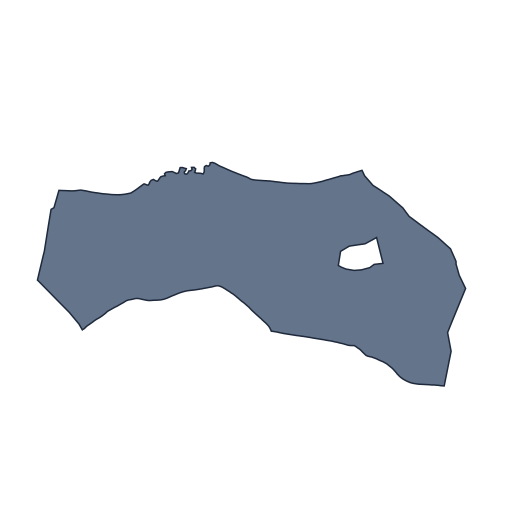 outline of Al Bayda, Al Bayda', Yemen, rotated 279°
{"feature_id": "15242507B85556873908580", "entity_name": "Al Bayda", "entity_type": "district", "adm_level": 2, "iso_a3": "YEM", "parent_name": "Yemen", "parent_adm1": "Al Bayda'", "projection": "robinson", "projection_center": [45.56, 14.065], "detail": "fine", "context": "isolated", "style": "filled", "palette": "slate", "viewbox_px": 512, "rotation_deg": 279, "n_neighbors": 0, "source": "geoboundaries", "source_scale": "gbopen_adm2", "svg_char_len": 5963}
<svg xmlns="http://www.w3.org/2000/svg" viewBox="0 0 512 512"><g transform="rotate(279 256 256)"><path d="M256.7,468.1L268.8,459.7L271.8,458.3L274.9,456.9L278.9,455.0L279.0,454.9L282.0,454.4L293.5,447.0L302.7,432.8L304.8,428.7L308.3,421.7L310.7,417.1L312.0,414.7L312.1,414.3L313.5,411.7L316.2,406.6L319.1,401.0L320.7,399.4L322.7,397.3L326.5,393.5L328.2,390.7L332.5,383.9L336.2,378.0L339.0,371.7L339.7,370.3L344.1,360.4L348.0,355.8L352.2,350.7L354.6,349.1L357.2,347.3L356.3,345.5L355.3,343.4L354.1,341.1L353.2,339.2L352.1,337.4L351.2,336.0L351.0,335.6L350.3,333.5L350.1,333.0L349.7,331.4L349.0,329.4L348.7,328.3L348.7,328.1L348.5,327.3L347.4,325.3L346.3,322.9L345.3,320.7L344.4,318.8L343.3,316.6L342.4,314.5L341.5,312.5L340.4,310.4L340.2,310.0L339.5,308.3L338.6,305.9L338.3,305.2L337.7,303.7L336.9,301.4L336.1,299.0L335.7,296.9L335.4,294.8L335.1,292.5L334.8,290.6L334.7,290.2L334.7,289.8L334.4,288.0L334.4,287.8L334.3,287.3L334.1,285.0L333.8,282.9L333.5,280.7L333.3,279.0L333.2,278.1L332.9,275.6L332.9,274.7L332.8,273.4L332.7,271.1L332.6,268.8L332.6,266.6L332.4,264.0L332.4,261.9L332.3,259.5L332.3,258.2L332.2,257.4L332.0,255.6L332.0,255.1L331.7,252.5L331.5,250.1L331.3,248.0L331.1,245.9L330.9,243.0L330.9,242.6L330.9,240.7L331.1,238.5L332.0,236.4L332.5,234.5L332.6,234.4L333.0,232.0L333.4,230.0L333.8,228.1L333.9,227.9L333.9,227.7L334.0,227.3L334.2,226.2L334.2,225.9L334.4,225.3L335.0,222.7L335.5,220.4L335.9,218.6L337.2,213.7L338.3,209.7L339.0,206.7L339.6,204.9L340.5,202.7L341.3,200.5L341.3,200.0L341.6,198.2L340.8,196.1L339.8,196.2L338.8,196.2L338.2,195.7L337.2,194.8L337.6,192.7L336.7,191.7L336.2,191.2L334.5,191.1L333.3,191.4L332.4,191.5L331.1,191.6L330.4,191.6L328.7,190.8L329.0,188.9L329.0,188.7L329.0,188.4L329.0,188.1L328.9,187.3L328.9,186.6L328.5,184.4L329.0,182.3L329.8,182.5L330.0,182.6L330.3,182.6L330.8,182.7L332.7,182.8L333.3,181.7L333.9,181.0L333.6,179.4L333.4,178.4L331.7,179.3L331.0,179.0L330.2,178.4L329.5,176.7L329.5,176.4L327.7,175.9L326.0,174.8L325.9,174.7L326.1,172.6L327.7,172.0L328.7,172.7L329.2,173.1L329.4,173.1L331.2,173.5L331.2,173.3L331.4,173.3L331.5,172.0L331.6,171.4L331.9,169.4L331.8,169.0L331.5,167.3L331.3,167.2L327.6,166.7L327.2,166.7L326.7,166.5L325.8,166.3L325.0,164.2L325.2,163.8L325.8,161.9L326.3,160.0L325.2,155.6L324.4,153.8L322.9,152.8L321.1,153.8L320.8,152.6L319.5,149.7L318.5,149.0L314.5,147.1L314.4,146.5L314.7,144.8L315.6,142.7L314.3,140.6L312.0,139.3L311.1,139.4L309.0,138.3L309.1,137.7L309.3,136.3L309.4,136.1L309.7,134.4L309.7,134.2L309.4,133.7L301.9,126.3L298.6,122.5L296.6,117.1L295.2,112.0L295.1,111.8L295.2,111.7L294.9,109.9L294.7,108.9L294.7,108.6L294.5,107.3L294.2,104.7L294.0,102.3L293.9,99.8L293.7,97.1L293.5,94.3L293.5,91.8L293.5,89.7L293.4,87.4L293.4,85.0L293.4,84.7L293.4,82.9L293.6,79.9L293.7,77.4L293.7,76.5L293.7,74.9L293.7,72.7L293.2,70.7L292.5,68.4L292.0,66.4L291.5,64.1L291.2,61.3L290.9,58.8L290.6,56.2L290.5,55.7L290.3,53.8L290.0,51.1L272.1,48.9L270.0,46.3L255.1,46.2L227.7,46.2L223.3,45.8L198.0,43.9L197.8,44.2L197.7,44.4L186.1,60.1L182.0,65.6L176.2,73.5L171.1,80.4L161.2,91.7L155.9,96.0L156.2,96.2L157.4,97.8L159.0,98.9L160.6,100.2L162.3,102.0L163.9,103.7L165.4,105.2L166.9,106.6L168.1,107.9L168.7,108.6L170.0,110.3L171.4,111.9L171.7,112.2L172.8,113.4L174.3,114.8L176.0,116.4L177.9,117.8L179.4,119.6L179.5,119.8L180.7,121.3L182.0,122.9L182.6,123.7L183.5,124.8L184.6,126.5L185.6,127.7L186.1,128.3L187.5,130.1L188.5,131.3L188.9,131.9L190.2,133.4L191.6,135.0L192.7,137.1L193.4,139.3L194.3,141.6L195.0,143.2L195.1,143.6L195.5,145.2L195.5,145.6L195.5,146.0L195.6,147.4L195.6,147.7L195.4,149.7L195.4,149.9L195.3,151.9L195.2,153.7L195.2,154.5L195.2,156.9L195.6,159.1L196.1,161.1L196.6,163.5L197.1,166.1L197.5,167.6L197.6,168.3L198.3,170.3L199.4,172.8L200.5,174.8L201.9,177.0L203.5,179.4L204.7,181.5L206.0,183.6L207.1,185.4L208.2,187.4L209.4,189.9L210.4,192.2L211.1,194.3L211.8,196.7L212.4,199.0L213.1,201.4L213.9,203.9L214.7,206.3L215.3,208.2L215.4,208.4L215.8,209.4L216.0,210.0L216.2,210.5L216.9,212.6L217.8,215.0L218.5,217.1L219.5,219.4L220.3,221.3L220.7,223.5L220.4,225.6L219.8,228.0L219.7,228.1L218.6,230.9L217.5,233.3L216.7,235.3L215.7,237.2L214.9,239.2L214.2,240.5L214.0,240.9L213.8,241.2L213.1,242.5L212.7,243.0L211.6,244.9L210.2,247.1L209.1,248.9L208.1,250.9L207.0,252.8L206.7,253.2L205.5,255.1L204.4,256.9L202.6,259.2L201.4,260.8L200.0,262.9L198.8,264.7L197.5,266.7L196.8,267.8L196.2,268.7L195.0,270.6L194.7,271.1L194.0,272.0L193.8,272.3L192.6,274.1L191.4,276.0L189.9,278.0L188.5,279.7L186.8,281.1L184.8,282.5L184.1,282.9L184.2,284.4L184.2,286.6L184.2,288.7L184.0,291.0L183.9,292.6L183.9,293.6L183.8,295.0L183.8,296.3L183.8,298.7L183.8,301.2L183.8,301.3L183.8,304.0L183.8,306.2L183.8,308.5L183.9,310.7L183.9,313.0L184.0,315.6L184.0,317.8L184.0,320.2L184.0,322.7L183.9,325.1L183.9,327.3L183.9,329.9L183.9,332.0L183.9,334.1L183.9,336.2L183.8,338.4L183.8,340.6L183.8,342.8L183.7,345.3L183.5,347.4L183.5,349.5L183.4,350.4L183.2,351.8L183.1,354.1L182.9,356.2L182.6,358.5L182.3,360.7L182.3,362.8L182.6,365.1L182.9,367.0L182.1,369.0L181.1,370.9L180.5,372.2L180.3,372.8L179.1,374.6L177.7,376.4L176.3,378.4L175.4,379.7L175.1,380.1L174.5,382.2L174.4,384.3L174.3,385.7L174.3,386.4L174.2,386.6L173.8,388.6L173.3,391.1L172.6,393.3L172.2,394.6L172.1,395.3L171.8,396.3L171.5,397.8L170.8,399.7L170.0,401.9L168.8,404.0L167.7,405.9L166.7,407.7L166.0,408.7L165.5,409.4L164.1,411.1L163.5,411.8L162.8,412.7L161.4,414.1L160.9,414.9L160.0,416.0L158.7,418.0L157.6,420.1L156.8,422.2L156.1,424.2L155.5,426.4L155.4,427.1L155.2,427.6L155.0,428.8L154.8,431.1L154.8,433.3L154.8,435.8L155.0,438.4L155.3,440.8L155.5,443.0L155.8,445.6L156.0,447.7L156.1,449.8L156.5,452.1L156.6,454.2L156.8,456.3L156.8,458.8L157.0,460.9L157.1,462.2L192.4,463.6L210.4,457.2L223.0,460.1L256.7,468.1ZM273.8,338.8L280.3,346.5L282.7,354.0L285.1,361.8L293.1,372.2L268.6,382.6L266.2,374.0L262.3,370.2L258.8,362.3L257.2,355.6L257.1,354.8L257.2,346.9L258.3,342.1L259.5,338.8L273.8,338.8Z" fill="#64748b" stroke="#1e293b" stroke-width="1.5"/></g></svg>